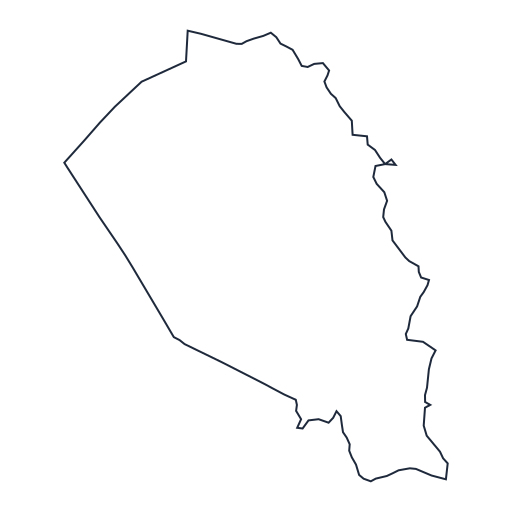 Arapiraca, Alagoas, Brazil
{"feature_id": "56859067B80614928342365", "entity_name": "Arapiraca", "entity_type": "district", "adm_level": 2, "iso_a3": "BRA", "parent_name": "Brazil", "parent_adm1": "Alagoas", "projection": "albers", "projection_center": [-36.607, -9.758], "detail": "fine", "context": "isolated", "style": "outline", "palette": "slate", "viewbox_px": 512, "rotation_deg": 0, "n_neighbors": 0, "source": "geoboundaries", "source_scale": "gbopen_adm2", "svg_char_len": 1598}
<svg xmlns="http://www.w3.org/2000/svg" viewBox="0 0 512 512"><path d="M385.1,164.1L380.0,157.7L375.0,150.0L367.7,144.6L367.0,136.3L352.6,134.8L351.8,120.7L344.4,112.1L339.7,106.2L335.7,98.1L330.9,93.8L326.6,87.4L324.4,81.5L327.5,75.4L329.1,70.5L322.9,63.1L314.2,63.9L307.6,67.0L301.7,65.9L298.2,59.1L292.6,49.8L286.4,46.5L280.5,43.6L276.3,37.2L270.8,32.7L263.3,35.9L253.8,38.6L246.5,41.2L241.7,43.9L236.4,43.8L201.0,33.8L187.7,30.7L186.0,61.4L141.6,81.7L114.9,106.7L99.9,122.6L84.2,140.6L64.3,162.7L67.2,167.3L99.5,217.2L117.3,243.3L125.4,255.6L132.5,267.2L162.6,318.0L173.8,337.1L179.6,340.1L184.6,344.1L222.2,362.4L265.5,384.5L272.3,388.2L284.2,394.5L288.8,396.6L295.8,399.8L296.9,404.9L296.1,410.9L301.1,419.2L297.2,427.8L302.6,428.5L308.5,420.4L318.6,419.2L328.6,422.7L333.2,417.8L336.5,411.2L340.7,416.1L341.9,425.0L343.0,432.2L346.7,437.6L349.7,444.3L349.2,450.7L351.8,457.3L356.0,464.6L359.1,474.9L363.6,478.7L370.8,481.3L375.8,478.6L386.8,476.0L392.8,473.2L398.6,470.3L409.8,468.3L415.9,468.9L431.5,475.5L445.9,479.3L447.7,463.4L443.1,458.3L440.0,451.7L426.7,435.7L423.7,425.6L425.0,407.7L430.2,404.9L425.1,402.0L425.0,395.1L427.0,387.7L428.9,369.2L431.5,358.4L435.6,350.4L423.0,341.8L407.1,339.8L405.8,334.0L408.3,328.5L410.6,316.2L417.1,306.4L420.3,296.8L423.7,292.1L427.5,285.2L429.0,280.0L421.1,277.5L418.8,271.9L418.5,266.3L409.2,261.1L405.3,257.4L392.5,240.4L391.4,230.7L385.4,221.8L383.2,217.1L384.0,209.4L387.1,200.8L384.3,192.2L376.7,183.9L373.3,177.0L375.5,166.0L385.1,164.1ZM385.1,164.1L395.6,164.9L391.4,159.5L385.1,164.1Z" fill="none" stroke="#1e293b" stroke-width="2"/></svg>